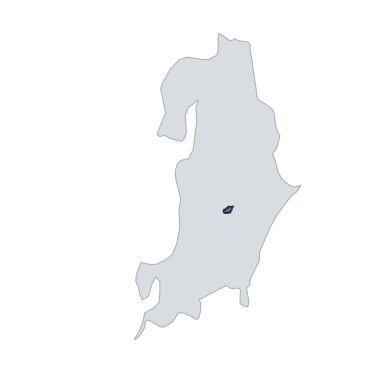 Alvarado, Cartago, Costa Rica (highlighted), rotated 62°
{"feature_id": "36466004B14644895644866", "entity_name": "Alvarado", "entity_type": "district", "adm_level": 2, "iso_a3": "CRI", "parent_name": "Costa Rica", "parent_adm1": "Cartago", "projection": "mercator", "projection_center": [-83.805, 9.945], "detail": "fine", "context": "in_parent", "style": "filled", "palette": "slate", "viewbox_px": 384, "rotation_deg": 62, "n_neighbors": 0, "source": "geoboundaries", "source_scale": "gbopen_adm2", "svg_char_len": 3554}
<svg xmlns="http://www.w3.org/2000/svg" viewBox="0 0 384 384"><g transform="rotate(62 192 192)"><path d="M319.3,196.4L318.9,197.8L317.6,199.3L315.7,200.8L313.2,201.9L307.2,198.8L301.2,195.2L298.0,196.9L296.7,201.4L294.5,203.8L291.8,204.7L290.7,206.2L290.4,221.7L290.6,236.3L295.1,236.6L302.6,241.6L305.8,244.6L306.8,247.4L305.9,248.7L300.4,251.9L295.1,255.9L292.4,260.9L297.1,269.0L298.1,274.5L297.9,280.2L296.6,283.0L286.3,289.6L284.0,291.9L284.3,293.6L290.0,298.1L292.7,302.5L295.0,307.8L295.3,312.4L290.1,303.9L282.9,295.7L276.7,290.7L276.2,279.0L273.7,272.6L264.3,266.8L256.3,262.6L250.3,263.5L254.0,270.2L263.4,278.9L264.0,282.2L263.9,286.6L257.4,286.0L251.7,284.1L244.7,283.6L240.0,280.9L230.2,270.6L237.2,261.8L239.4,256.0L239.2,244.0L237.6,238.2L230.0,229.3L217.9,219.6L201.0,211.6L193.0,205.2L173.2,200.3L165.7,197.0L159.8,191.0L158.9,186.7L161.0,180.0L155.5,171.5L131.9,154.7L118.7,148.6L115.9,145.0L113.8,143.8L115.8,155.4L121.6,162.3L136.6,168.8L140.8,172.6L142.5,177.5L133.7,186.9L129.3,189.3L127.9,194.4L125.1,196.0L122.1,193.0L109.9,178.3L86.2,171.2L82.0,166.9L73.2,153.4L69.1,141.1L70.6,132.9L80.3,120.1L83.3,114.5L82.7,111.1L83.0,106.0L79.4,102.5L70.4,97.9L64.7,94.2L66.2,92.4L76.5,87.4L77.2,82.9L77.1,81.4L78.8,81.1L80.3,79.9L81.2,78.7L84.0,74.4L86.5,71.9L89.3,71.6L92.8,73.4L105.8,78.0L120.2,83.2L140.7,90.5L149.2,85.8L156.6,82.2L161.7,82.7L172.7,86.9L179.4,88.2L183.4,87.8L190.5,94.0L194.3,98.6L195.0,101.6L197.1,103.3L202.6,103.6L216.1,106.8L224.3,106.2L231.8,102.9L235.9,98.9L237.2,92.7L239.1,95.8L241.3,100.6L242.3,106.8L252.0,127.6L259.7,139.3L276.6,160.5L283.9,164.4L296.3,181.4L300.5,184.2L303.0,189.2L315.8,193.4L319.3,196.4Z" fill="#d9dde1" stroke="#a8b0b8" stroke-width="1"/><path d="M224.1,162.4L224.0,162.5L223.9,162.7L223.8,162.8L223.7,163.0L223.6,163.3L223.6,163.5L223.4,163.9L223.4,164.0L223.3,164.3L223.3,164.5L223.2,164.7L223.2,164.9L223.1,165.3L222.9,165.3L222.6,165.4L222.3,166.0L222.3,166.3L222.2,166.4L221.9,166.8L221.9,167.0L222.0,167.1L222.1,167.4L222.3,167.4L222.5,167.4L222.5,167.5L222.8,167.7L222.8,167.8L223.0,167.8L223.0,168.0L222.9,168.0L222.8,168.3L222.7,168.3L222.7,168.5L222.4,168.6L222.4,168.8L222.5,168.8L222.5,169.0L222.8,169.3L222.8,169.8L222.8,170.1L222.9,170.3L222.9,170.5L222.9,170.8L222.7,171.0L222.8,171.2L222.8,171.3L222.7,171.5L222.8,171.5L223.0,171.5L223.0,171.4L223.3,171.2L223.4,171.3L223.5,171.4L223.5,171.5L223.4,171.8L223.4,172.0L223.2,172.2L223.1,172.3L223.0,172.5L223.2,172.8L223.3,173.0L223.5,173.2L223.6,173.3L223.8,173.3L224.0,173.4L224.3,173.5L224.5,173.5L224.9,173.6L225.0,173.6L225.3,173.5L225.5,173.4L225.7,173.2L225.8,173.2L226.0,173.0L226.0,172.8L226.1,172.7L226.3,172.5L226.3,172.4L226.2,172.2L226.3,172.0L226.5,172.0L226.5,171.9L226.4,171.8L226.3,171.7L226.5,171.7L226.7,171.4L226.7,171.2L226.7,170.8L226.8,170.8L226.8,171.0L227.0,171.3L227.1,171.5L227.1,171.4L227.1,171.2L227.2,170.8L227.2,170.7L227.3,170.7L227.5,170.5L227.5,170.4L227.5,170.2L227.5,169.9L227.7,169.7L227.5,169.4L227.4,169.2L227.3,168.9L227.2,168.8L227.2,168.7L227.1,168.4L227.0,168.2L227.3,168.0L227.5,167.9L227.7,167.7L227.8,167.7L228.2,167.8L228.2,167.7L228.0,167.4L227.9,167.3L227.8,167.2L227.6,167.2L227.4,167.1L227.2,167.0L227.1,166.9L227.1,166.7L226.7,166.2L226.5,165.8L226.5,165.7L226.5,165.4L226.4,165.2L226.2,165.0L226.2,164.9L225.9,164.7L225.7,164.6L225.4,164.5L225.2,164.5L225.2,164.4L224.9,164.3L224.9,164.2L224.7,164.1L224.5,163.8L224.5,163.7L224.4,163.6L224.3,163.4L224.3,163.1L224.3,162.9L224.2,162.8L224.2,162.7L224.1,162.4Z" fill="#64748b" stroke="#1e293b" stroke-width="1.5"/></g></svg>